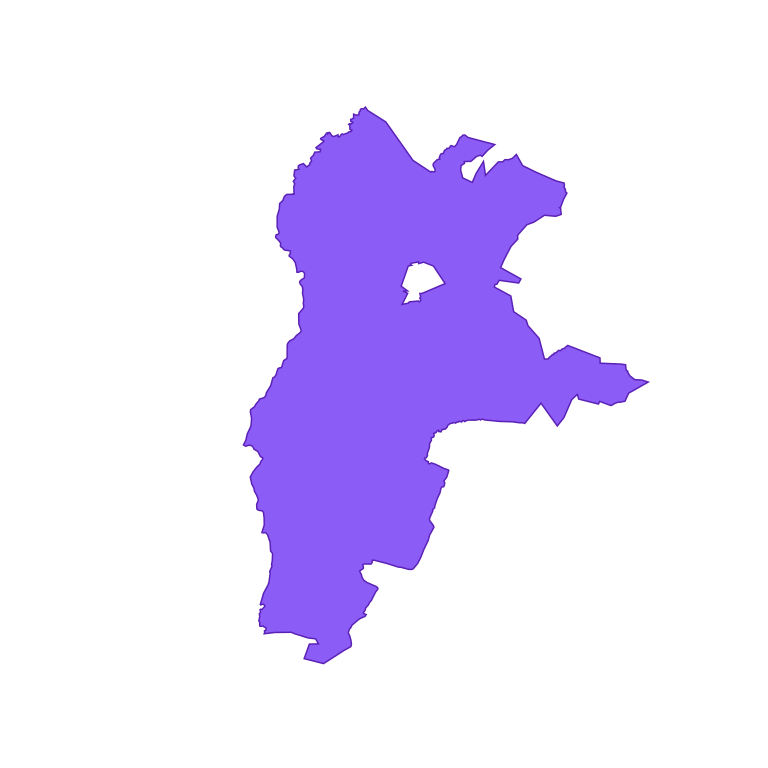 Masvingo, Masvingo, Zimbabwe (Mercator projection), rotated 39°
{"feature_id": "62879985B11590561680965", "entity_name": "Masvingo", "entity_type": "district", "adm_level": 2, "iso_a3": "ZWE", "parent_name": "Zimbabwe", "parent_adm1": "Masvingo", "projection": "mercator", "projection_center": [30.887, -20.31], "detail": "fine", "context": "isolated", "style": "filled", "palette": "violet", "viewbox_px": 768, "rotation_deg": 39, "n_neighbors": 0, "source": "geoboundaries", "source_scale": "gbopen_adm2", "svg_char_len": 6171}
<svg xmlns="http://www.w3.org/2000/svg" viewBox="0 0 768 768"><g transform="rotate(39 384 384)"><path d="M588.1,216.2L581.8,218.7L576.2,222.8L570.0,222.9L565.9,221.5L565.5,220.7L563.9,220.8L562.8,220.2L559.6,217.0L555.6,219.4L538.9,231.8L535.4,227.8L502.5,238.4L501.5,243.3L500.3,244.9L500.3,246.8L498.4,248.2L498.1,251.2L496.8,253.1L497.4,254.2L496.5,254.9L495.7,259.6L495.8,261.2L493.1,263.7L475.8,250.9L459.2,248.1L454.4,244.9L439.2,246.2L427.2,235.8L408.8,239.2L407.6,237.1L408.9,235.3L408.3,230.9L425.1,220.8L424.3,216.2L401.4,220.2L399.2,212.3L396.1,197.0L396.8,187.3L394.2,184.2L394.8,170.3L398.6,163.9L402.5,151.9L411.9,145.6L415.0,140.7L410.5,136.2L410.5,136.6L409.7,136.4L410.2,136.1L407.3,127.4L406.0,120.5L404.0,120.4L403.0,119.0L401.5,118.1L400.1,118.0L399.5,116.4L397.5,114.5L389.6,118.0L368.6,123.8L354.9,126.9L354.2,127.0L342.4,122.3L341.8,127.8L339.7,131.2L336.8,133.6L336.4,136.7L333.1,139.4L331.6,158.0L321.3,148.5L323.0,162.1L325.7,171.8L315.5,174.3L309.0,169.6L306.5,165.7L307.7,161.9L306.4,160.6L311.4,156.3L312.8,148.6L315.0,145.5L317.0,145.4L317.5,137.0L319.4,128.2L294.5,139.4L292.4,139.7L290.8,139.4L289.4,140.2L288.6,141.2L288.7,142.6L287.9,144.7L289.6,151.8L289.7,154.6L288.5,155.8L286.5,156.2L285.9,156.9L286.2,159.2L285.7,160.4L284.6,161.3L284.8,162.3L284.0,164.4L285.0,167.4L283.7,168.9L283.5,170.2L284.6,173.5L285.8,174.0L284.1,176.4L283.6,181.5L284.6,183.3L288.7,185.1L289.9,186.7L289.6,187.6L287.3,188.8L287.1,189.9L265.8,192.0L220.5,179.2L199.2,181.7L195.3,180.5L195.0,183.1L193.8,183.8L192.9,184.9L193.0,185.9L193.7,186.7L193.5,188.4L195.0,190.6L193.3,192.5L190.6,193.4L193.1,196.7L191.6,199.4L193.1,200.9L194.3,200.2L195.2,200.5L194.9,202.6L193.3,203.5L193.2,204.4L194.5,204.3L197.2,207.5L199.3,206.9L199.6,208.1L198.0,210.2L197.9,211.5L196.0,214.7L195.3,215.7L194.2,215.9L193.7,217.0L193.9,219.8L193.3,220.5L192.5,220.5L191.5,219.3L189.5,222.8L188.5,223.7L187.2,223.8L183.5,222.7L183.0,223.1L182.8,224.8L182.2,224.2L181.4,225.2L181.8,229.0L180.3,232.9L180.6,233.5L181.5,233.6L184.3,232.9L184.6,233.3L182.4,243.1L183.8,243.6L187.0,241.6L188.2,243.8L184.3,247.4L185.2,250.9L184.8,254.6L187.4,256.4L187.3,258.8L188.2,260.2L187.3,264.0L182.7,263.4L180.7,266.5L180.2,268.4L181.2,269.9L182.8,270.7L179.9,273.9L183.1,279.0L185.9,279.6L185.9,283.5L188.6,284.6L189.7,287.4L194.6,293.0L194.6,293.5L193.6,293.5L193.0,294.6L189.1,297.9L188.5,300.9L189.9,305.1L189.3,309.4L192.6,314.0L195.4,320.8L202.3,329.4L207.1,332.1L207.6,334.1L206.3,335.8L207.0,337.6L207.7,338.3L213.3,339.0L215.2,339.8L216.6,341.9L217.4,342.3L219.0,342.0L221.0,342.5L222.6,342.4L227.4,339.5L229.1,341.6L229.2,343.5L229.8,344.3L234.7,344.2L238.7,345.5L244.2,349.9L245.9,351.9L247.2,351.1L248.1,349.2L249.5,347.8L251.4,347.6L252.8,348.2L255.3,351.7L253.9,356.1L254.3,358.0L256.3,359.1L259.2,359.7L261.5,361.7L263.5,364.7L268.2,368.6L270.7,372.3L272.6,373.9L273.6,375.7L273.4,383.0L280.2,391.1L285.4,394.1L286.4,395.2L286.3,397.9L285.4,401.3L285.4,405.7L283.6,409.8L283.6,413.0L284.4,414.8L292.0,424.3L292.4,425.6L291.3,428.9L294.0,435.8L292.5,437.4L291.9,438.8L294.4,445.2L294.5,447.2L293.8,449.3L297.0,456.5L298.1,464.8L299.5,467.7L299.3,470.3L296.7,474.1L297.3,476.2L297.1,479.4L297.6,483.5L296.5,487.8L297.6,489.7L302.6,493.9L306.5,499.5L307.4,501.6L309.1,508.7L312.0,514.6L313.1,519.8L315.7,519.4L317.3,516.9L319.7,515.2L321.7,515.4L324.1,516.5L328.4,515.8L333.7,518.2L336.4,517.7L337.0,519.0L337.0,521.5L338.0,524.4L337.4,528.8L337.5,534.3L338.6,540.4L344.1,544.9L348.4,546.8L350.7,548.8L354.9,550.5L358.3,552.4L359.6,553.7L360.7,557.6L363.8,561.1L365.6,561.2L369.4,559.2L371.3,559.8L375.2,563.6L379.7,569.0L382.6,576.3L383.7,575.9L385.6,573.9L388.5,574.5L395.0,578.6L401.0,585.2L403.8,585.8L404.6,586.5L408.4,591.7L410.2,595.0L411.7,596.3L413.2,601.7L414.7,602.8L419.1,610.0L420.3,613.0L422.1,622.4L426.7,633.3L427.4,633.2L427.9,631.9L429.0,631.0L430.8,631.3L431.3,631.9L431.1,635.9L429.9,636.6L429.7,637.4L431.7,639.1L431.7,641.0L433.9,643.1L435.8,646.9L437.5,647.4L438.9,649.5L440.1,650.3L442.6,648.0L443.4,648.3L445.6,647.7L447.1,649.4L446.4,651.0L447.6,652.2L448.1,653.5L455.4,645.9L468.2,635.3L472.0,634.2L484.6,629.2L491.2,625.1L496.6,627.2L489.7,633.1L494.8,647.7L513.0,639.3L520.6,616.2L523.5,609.0L522.7,607.0L519.7,604.1L515.6,601.1L513.0,600.0L511.5,596.8L511.5,593.8L510.9,591.5L512.3,584.0L513.0,581.4L515.5,576.4L515.3,574.4L512.7,575.2L512.0,574.8L511.7,571.7L510.7,569.6L510.9,565.5L510.3,563.1L510.4,560.2L508.4,551.0L508.3,547.2L507.5,546.4L505.7,546.2L495.6,549.0L491.7,549.2L488.5,548.0L486.4,546.4L482.7,544.7L484.0,540.6L483.5,539.5L481.2,537.7L481.8,536.4L487.2,532.1L487.2,530.4L485.8,528.4L487.5,527.0L499.8,521.4L510.3,517.3L512.7,515.7L519.7,512.6L522.0,510.9L523.0,509.3L523.1,502.3L521.7,495.7L519.0,487.1L516.8,477.7L514.6,472.9L513.0,464.0L511.2,462.8L505.5,461.4L504.0,460.0L501.8,451.9L500.8,450.7L501.3,448.4L500.2,446.8L497.5,439.5L496.0,433.3L493.9,429.3L493.8,427.5L495.0,426.3L494.8,425.3L493.6,422.7L491.6,421.7L491.4,416.9L488.8,410.5L488.0,410.3L484.1,411.8L474.5,414.0L470.5,415.5L469.5,417.6L468.0,417.5L467.3,416.4L465.4,417.1L462.6,416.8L462.4,415.6L463.3,414.7L462.8,412.2L461.4,410.8L459.3,404.9L456.8,401.3L456.4,398.1L454.7,396.0L455.9,394.1L455.7,392.8L453.7,391.0L455.0,389.1L454.8,387.0L455.4,385.8L455.7,385.6L456.5,386.5L458.4,385.3L457.7,382.6L458.7,382.1L459.1,381.0L459.9,380.7L460.3,378.0L459.6,376.3L460.2,373.3L463.2,369.5L464.3,369.3L464.6,367.8L465.7,366.8L465.7,365.8L468.3,364.6L468.2,362.9L469.1,362.1L470.2,362.5L471.8,359.4L478.4,354.0L480.4,351.3L481.7,351.2L481.9,350.1L483.3,349.0L484.5,348.8L497.3,340.4L507.4,332.7L513.8,328.8L516.1,326.9L518.2,326.1L518.1,300.1L545.1,307.6L545.0,297.1L539.7,277.9L540.8,270.4L544.8,273.2L563.3,264.6L562.6,261.8L574.0,257.9L575.9,253.2L577.5,250.7L578.8,249.7L582.1,245.8L579.9,237.1L588.1,216.2ZM348.1,261.2L368.3,267.5L356.6,289.6L354.9,291.1L357.7,293.3L357.8,294.9L359.1,295.1L360.0,295.8L359.8,297.9L358.6,297.8L352.0,304.2L352.0,305.9L348.0,310.7L345.3,298.6L340.3,299.8L343.7,296.8L335.8,297.2L328.6,277.1L330.8,274.3L329.3,274.4L329.1,273.1L333.9,267.5L335.2,268.6L338.1,264.4L348.1,261.2Z" fill="#8b5cf6" stroke="#5b21b6" stroke-width="1.5"/></g></svg>